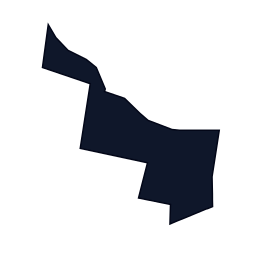 Islaz, Teleorman, Romania, rotated 191°
{"feature_id": "2599482B71059292210776", "entity_name": "Islaz", "entity_type": "district", "adm_level": 2, "iso_a3": "ROU", "parent_name": "Romania", "parent_adm1": "Teleorman", "projection": "robinson", "projection_center": [24.796, 43.749], "detail": "fine", "context": "isolated", "style": "filled", "palette": "ink", "viewbox_px": 256, "rotation_deg": 191, "n_neighbors": 0, "source": "geoboundaries", "source_scale": "gbopen_adm2", "svg_char_len": 532}
<svg xmlns="http://www.w3.org/2000/svg" viewBox="0 0 256 256"><g transform="rotate(191 128 128)"><path d="M30.0,67.0L31.4,73.4L32.6,79.5L36.2,96.2L38.0,143.2L77.0,135.6L84.6,134.9L109.8,139.3L119.2,144.7L137.0,156.4L158.0,159.3L157.8,162.0L170.7,181.3L182.0,187.3L201.8,192.8L216.1,203.0L226.0,214.2L223.5,171.1L173.5,164.3L171.0,98.9L102.2,97.6L102.7,89.0L104.3,61.3L71.7,61.1L70.8,55.6L68.5,41.8L61.7,46.4L54.7,50.9L47.8,55.5L40.4,60.4L35.9,63.4L34.4,64.1L30.0,67.0Z" fill="#0f172a" stroke="#020617" stroke-width="1.5"/></g></svg>